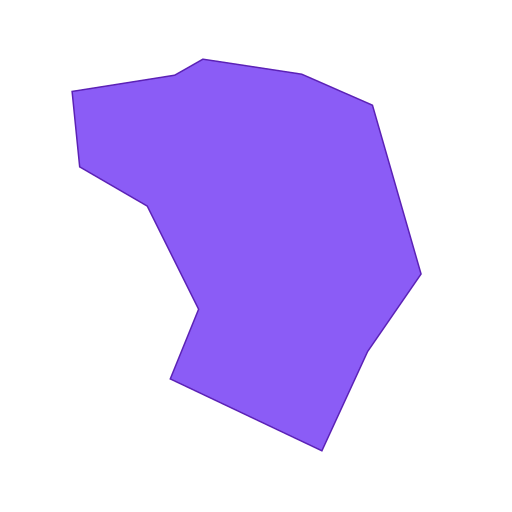 the border of Mandaluyong City, rotated 261°
{"feature_id": "PHL-5542", "entity_name": "Mandaluyong City", "entity_type": "Province", "adm_level": 1, "iso_a3": "PHL", "parent_name": "Philippines", "parent_adm1": "", "projection": "robinson", "projection_center": [121.054, 14.578], "detail": "fine", "context": "isolated", "style": "filled", "palette": "violet", "viewbox_px": 512, "rotation_deg": 261, "n_neighbors": 0, "source": "natural_earth", "source_scale": "10m", "svg_char_len": 325}
<svg xmlns="http://www.w3.org/2000/svg" viewBox="0 0 512 512"><g transform="rotate(261 256 256)"><path d="M212.4,416.2L144.2,351.3L53.3,290.6L148.0,152.1L212.4,191.0L322.3,156.4L371.6,95.8L447.3,100.1L447.3,204.0L458.7,234.3L428.4,329.6L386.7,394.6L212.4,416.2Z" fill="#8b5cf6" stroke="#5b21b6" stroke-width="1.5"/></g></svg>